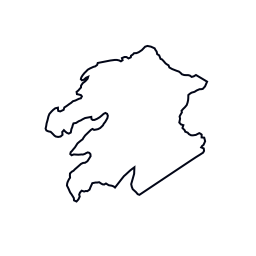 the district of São João de Pirabas, Pará, Brazil, rotated 226°
{"feature_id": "56859067B96544819367141", "entity_name": "São João de Pirabas", "entity_type": "district", "adm_level": 2, "iso_a3": "BRA", "parent_name": "Brazil", "parent_adm1": "Pará", "projection": "equal_earth", "projection_center": [-47.192, -0.774], "detail": "fine", "context": "isolated", "style": "outline", "palette": "ink", "viewbox_px": 256, "rotation_deg": 226, "n_neighbors": 0, "source": "geoboundaries", "source_scale": "gbopen_adm2", "svg_char_len": 3368}
<svg xmlns="http://www.w3.org/2000/svg" viewBox="0 0 256 256"><g transform="rotate(226 128 128)"><path d="M58.1,164.9L58.7,166.8L60.7,168.3L63.2,167.2L63.6,168.8L63.4,170.6L64.9,174.3L68.1,176.1L70.1,174.4L72.1,176.4L73.4,176.2L74.8,175.7L75.9,172.0L77.7,169.5L79.0,168.3L81.2,167.6L83.2,167.7L85.6,166.6L86.9,167.2L90.2,167.2L91.6,169.8L93.7,168.6L96.3,168.7L98.5,171.9L100.4,173.1L101.0,174.7L101.8,177.6L103.2,178.5L103.4,181.0L103.4,183.2L103.7,186.1L104.9,188.5L106.3,190.6L107.7,192.2L109.8,194.3L109.7,196.1L109.3,198.2L107.8,201.0L107.3,203.5L106.2,206.4L105.1,207.6L104.2,208.9L104.4,212.3L105.1,214.0L106.4,217.1L112.7,215.4L118.9,213.7L119.5,211.2L120.5,209.3L122.8,208.9L124.1,208.1L125.9,206.3L127.1,205.2L129.2,204.1L131.2,204.1L133.3,203.8L135.4,202.7L139.8,200.7L142.8,199.8L145.0,200.7L146.2,200.3L148.3,199.9L151.5,200.1L153.8,200.1L155.1,199.4L158.6,200.9L160.8,200.3L163.1,201.7L165.2,202.0L166.8,202.5L170.6,201.0L173.5,199.0L174.6,196.8L174.4,192.1L175.1,188.3L176.0,186.1L177.6,184.3L177.5,182.6L177.9,180.4L176.9,179.1L177.7,176.7L180.1,176.2L181.5,174.8L182.5,172.2L180.5,171.2L180.9,169.2L182.7,168.6L184.7,167.3L186.2,165.7L188.8,162.2L195.8,151.4L194.8,149.6L195.1,147.2L196.0,145.6L196.6,143.9L197.3,141.9L197.9,139.5L197.8,137.4L197.8,134.8L197.4,131.8L196.8,129.5L195.9,128.0L194.3,128.0L193.4,129.7L193.3,132.7L192.5,134.9L191.5,133.1L191.3,129.8L191.7,126.6L191.1,123.7L189.8,122.3L189.7,120.4L189.5,118.3L189.7,116.1L187.8,114.8L186.2,115.9L184.3,117.0L182.8,116.8L182.1,114.7L183.0,113.2L183.7,111.2L184.3,109.3L185.5,107.0L185.6,104.6L186.0,102.5L186.3,100.2L186.6,98.3L187.0,96.5L185.8,94.3L187.0,90.8L188.7,89.7L190.0,90.5L191.3,91.7L192.7,89.4L193.0,86.9L193.0,84.4L192.7,81.2L191.6,78.8L189.8,76.0L188.8,74.3L187.9,72.7L186.3,70.6L184.8,68.3L183.0,67.6L181.7,68.0L180.4,68.7L179.0,69.7L176.6,69.8L174.9,69.8L173.6,69.8L172.1,70.1L170.1,71.5L168.7,73.6L168.6,76.2L170.8,77.9L171.0,80.4L168.9,80.4L166.9,80.7L165.1,81.5L164.5,83.7L165.5,85.1L166.5,86.5L167.3,88.4L168.4,90.2L169.2,92.0L167.7,94.2L167.1,97.3L166.3,99.2L165.8,101.4L165.0,104.0L161.5,109.3L159.9,108.0L158.4,108.1L157.1,109.5L156.1,112.1L155.4,115.1L155.2,117.7L155.1,120.3L154.5,122.2L152.7,122.8L150.8,122.0L149.4,120.0L148.2,115.9L147.9,113.5L147.3,111.8L147.3,108.1L148.0,105.7L148.9,104.2L150.2,102.3L152.0,101.8L152.4,100.0L152.4,97.9L152.4,95.2L152.4,92.0L151.9,89.2L151.4,87.5L151.7,85.2L151.9,82.8L152.0,80.9L150.9,76.4L150.7,74.1L150.4,71.8L150.4,70.0L149.4,68.4L147.6,68.5L146.6,70.7L144.8,72.3L143.2,73.8L141.4,76.0L140.2,77.2L139.4,78.8L139.0,80.5L138.4,82.1L137.0,82.9L135.3,82.8L133.7,81.5L132.9,78.4L132.3,75.7L132.8,73.0L134.1,71.4L134.8,69.3L135.0,64.7L135.2,61.0L135.1,59.1L135.6,57.3L135.6,54.7L134.1,53.1L132.5,51.8L132.1,49.8L131.2,47.3L130.4,45.8L129.0,44.1L127.0,43.5L125.2,42.9L123.4,42.2L121.7,41.6L119.5,41.3L115.3,40.4L113.4,38.9L110.9,39.9L111.1,42.8L112.2,45.6L114.0,46.6L114.9,48.6L115.1,51.1L112.8,52.3L112.0,53.9L110.8,54.9L110.4,57.6L111.4,59.7L113.1,64.0L111.3,66.8L110.2,67.9L109.0,69.6L106.6,70.1L105.1,70.6L103.9,71.6L103.4,73.6L100.2,74.4L97.8,76.2L95.9,77.1L94.2,77.3L95.8,88.6L96.2,91.7L96.1,93.5L96.0,98.1L95.9,100.7L95.3,105.3L90.8,100.6L85.4,91.3L83.1,89.9L80.7,88.9L77.9,89.1L76.1,89.2L73.7,89.0L72.0,89.8L65.9,123.4L61.2,149.2L59.8,156.7L58.9,160.9L58.1,164.9Z" fill="none" stroke="#020617" stroke-width="2"/></g></svg>